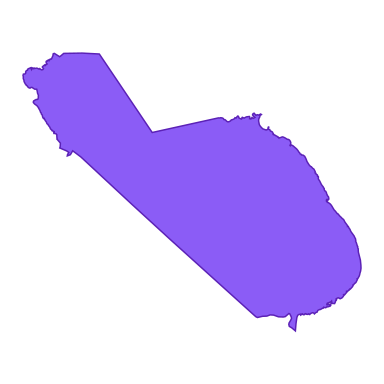 Fataleka, Malaita, Solomon Islands (Natural Earth projection)
{"feature_id": "97153195B6337807626421", "entity_name": "Fataleka", "entity_type": "district", "adm_level": 2, "iso_a3": "SLB", "parent_name": "Solomon Islands", "parent_adm1": "Malaita", "projection": "natural_earth1", "projection_center": [160.885, -8.602], "detail": "fine", "context": "isolated", "style": "filled", "palette": "violet", "viewbox_px": 384, "rotation_deg": 0, "n_neighbors": 0, "source": "geoboundaries", "source_scale": "gbopen_adm2", "svg_char_len": 5828}
<svg xmlns="http://www.w3.org/2000/svg" viewBox="0 0 384 384"><path d="M23.0,75.5L23.4,77.1L23.2,77.9L23.4,79.0L23.9,80.0L24.1,81.6L25.4,84.1L26.0,84.5L26.1,85.1L27.5,86.2L27.6,86.6L28.4,87.5L29.4,88.0L30.1,88.1L31.1,87.4L31.9,87.4L32.6,87.7L33.1,88.2L34.8,89.2L36.7,89.2L37.2,91.1L37.5,93.1L38.4,95.3L38.3,96.2L38.3,97.8L37.9,99.1L37.6,99.4L36.1,99.5L35.8,99.8L34.9,100.1L34.3,100.7L33.8,100.8L33.5,101.2L33.3,102.0L33.4,102.6L34.6,104.0L37.1,105.8L37.6,106.7L38.5,107.5L38.5,108.0L40.0,110.6L40.5,112.2L41.1,112.8L41.4,114.1L41.9,114.5L42.3,115.4L42.7,117.1L43.2,118.1L43.5,118.5L44.0,118.2L44.3,118.3L44.5,119.2L45.0,119.9L45.1,120.4L46.3,121.9L46.9,123.5L47.3,124.0L47.8,124.2L47.9,124.6L48.3,124.9L48.5,125.5L49.9,127.3L50.0,127.9L50.3,128.2L50.5,128.9L51.4,129.7L51.6,130.1L52.1,130.3L52.2,130.7L52.6,130.6L53.3,131.5L54.2,131.6L54.3,132.1L53.8,132.5L53.9,133.3L54.2,133.2L54.3,133.4L56.2,133.9L56.8,134.7L56.9,137.4L57.2,138.2L57.1,138.8L56.9,139.0L60.4,143.1L60.2,146.6L59.8,148.0L66.6,150.9L68.8,152.4L67.5,154.6L67.3,155.9L70.4,154.7L72.7,150.8L80.8,156.9L132.5,204.9L170.7,239.9L255.8,316.7L257.5,317.5L262.5,316.3L266.9,316.1L270.1,314.9L273.6,315.1L278.4,316.8L283.3,317.0L285.3,316.6L288.9,313.5L289.8,313.9L291.3,317.0L291.5,318.6L290.4,320.8L289.1,322.9L288.8,324.4L289.3,326.4L291.7,327.8L295.4,330.9L296.0,323.6L296.7,318.6L296.9,317.4L297.7,315.3L298.8,314.5L299.9,314.3L300.3,314.4L300.7,315.1L300.8,315.0L300.8,314.2L301.0,314.0L301.8,314.2L302.3,314.0L302.3,314.3L302.8,314.1L303.4,314.7L304.2,314.7L304.6,314.5L304.8,314.0L305.1,313.7L305.6,313.7L305.8,314.0L306.3,314.2L306.7,314.3L306.9,314.1L307.3,314.4L307.9,314.3L308.7,313.8L309.0,314.0L309.3,314.5L309.7,314.5L309.9,314.1L310.4,313.9L311.0,313.3L312.6,312.7L313.7,313.0L314.4,313.9L314.9,313.4L316.1,312.4L317.0,312.2L317.3,311.8L317.7,310.6L318.4,310.0L319.4,309.7L320.0,309.4L320.5,309.5L322.2,308.4L323.1,308.3L323.4,307.5L323.8,307.2L324.1,307.5L325.8,307.7L326.6,306.9L327.1,307.0L327.9,306.6L328.7,306.7L329.1,306.3L329.6,306.2L329.9,306.3L330.7,305.5L330.1,304.5L329.6,304.4L329.4,304.6L329.1,304.4L328.1,304.5L327.6,304.6L327.5,304.8L326.9,304.8L326.8,304.3L327.1,303.7L327.2,303.9L327.4,303.7L327.5,303.4L327.9,303.4L328.1,303.0L330.7,301.8L331.2,301.6L331.6,301.1L331.8,302.3L331.1,302.8L331.0,303.5L331.2,303.8L332.4,303.4L334.6,303.6L335.3,302.1L335.9,300.1L336.3,300.2L336.6,299.6L336.5,299.0L336.3,298.7L337.5,298.0L338.5,297.8L338.9,297.9L339.3,298.4L340.0,298.7L340.4,298.7L342.1,297.8L342.9,296.9L344.1,295.1L343.7,294.7L344.0,294.5L344.6,294.8L346.8,292.2L346.6,291.8L346.5,291.3L346.8,291.2L347.1,291.7L347.3,291.6L348.6,290.4L349.1,290.0L349.3,290.0L349.5,289.7L349.4,289.5L350.1,289.2L350.1,288.8L350.6,288.8L352.5,286.7L353.0,285.7L352.9,285.1L353.4,285.0L354.8,283.2L355.1,283.2L355.9,282.5L357.3,279.7L357.1,278.8L357.8,278.6L359.2,276.1L359.6,274.9L360.0,273.0L360.6,271.1L361.0,268.2L360.9,265.2L360.4,260.1L358.4,252.2L358.2,249.4L358.3,248.9L358.0,248.5L357.6,247.1L357.7,246.4L357.4,246.2L356.4,242.9L355.6,241.1L355.8,240.7L355.5,238.8L354.5,237.0L354.3,236.3L350.8,231.4L349.9,229.2L349.1,228.2L348.4,226.7L347.8,226.6L348.0,226.4L347.8,226.0L345.0,222.2L343.6,219.5L342.1,218.4L341.4,217.5L340.2,216.5L337.8,213.7L337.3,213.7L335.4,211.2L334.1,209.9L331.5,205.5L330.4,204.1L328.4,202.6L328.0,202.6L327.2,202.1L326.5,201.3L326.4,200.0L327.0,199.4L327.8,200.4L328.4,199.3L328.7,199.3L328.8,198.5L328.5,196.9L327.3,195.4L327.3,195.1L326.5,193.4L326.4,192.6L325.7,191.3L324.8,190.8L324.2,189.6L324.2,188.4L323.5,187.7L323.0,186.5L322.6,186.2L321.4,184.5L319.7,181.0L318.3,178.9L318.4,176.9L318.2,176.5L317.6,176.4L317.4,176.0L317.5,175.3L317.3,174.9L316.0,174.0L315.9,173.3L315.6,173.3L315.1,172.9L315.2,171.6L314.0,169.3L313.7,168.9L312.7,168.3L311.3,166.7L310.6,166.5L309.1,164.9L306.8,161.2L306.7,160.6L305.8,158.4L304.7,156.3L303.2,155.2L302.7,155.0L302.0,155.1L301.4,154.9L301.2,154.3L300.1,153.9L299.7,152.9L299.1,152.4L297.9,150.5L296.6,148.9L293.0,145.8L291.5,145.0L291.2,144.9L290.3,145.8L290.0,145.5L290.6,144.0L290.8,143.0L290.7,142.2L289.9,140.6L289.0,139.7L288.0,139.3L287.5,139.4L284.7,137.7L282.8,136.9L281.9,137.0L280.8,137.5L279.3,137.8L279.0,138.1L278.5,137.6L278.3,137.1L278.0,136.9L277.7,137.0L276.8,136.1L275.9,135.8L275.3,135.3L275.0,135.3L274.3,134.8L273.3,134.6L273.1,134.2L273.4,134.0L273.4,133.7L273.1,133.4L272.4,132.0L270.9,131.1L270.5,131.1L270.3,130.9L269.7,129.5L268.7,129.3L268.1,128.7L268.8,127.2L268.4,127.0L268.2,127.2L267.8,129.4L266.1,130.0L262.9,128.9L261.4,127.5L259.7,125.4L259.2,124.1L258.6,120.9L258.8,118.9L259.8,116.8L260.1,115.1L260.7,115.0L261.4,114.6L260.7,114.0L258.5,115.1L257.1,114.7L256.0,115.4L254.1,113.2L253.1,113.6L252.5,114.9L253.4,116.1L254.9,117.5L253.0,118.4L252.0,117.5L250.9,119.0L249.6,118.7L249.9,117.8L249.5,116.5L248.3,116.6L246.3,116.9L244.1,118.1L242.3,117.3L242.0,117.5L242.1,118.2L241.5,119.0L240.4,118.7L239.0,118.0L238.5,116.5L237.9,116.0L237.3,116.4L236.1,118.0L235.0,117.7L234.6,118.5L233.9,119.0L232.6,119.6L231.3,119.9L230.5,120.9L229.2,121.6L228.0,121.9L226.7,121.3L225.9,120.4L225.0,119.7L224.0,119.6L223.3,118.5L222.4,118.0L220.8,117.7L219.5,118.0L218.4,117.9L152.2,132.5L99.3,54.0L82.1,53.1L63.7,53.4L60.9,55.8L59.6,56.7L54.4,53.4L53.3,53.7L53.1,54.1L53.0,55.5L51.5,58.9L50.9,59.2L50.3,59.0L50.1,59.4L49.7,59.8L49.3,59.7L49.0,60.2L49.0,60.7L48.5,60.6L48.1,60.1L47.7,60.5L47.3,61.1L46.5,61.0L46.1,61.7L46.2,62.7L47.1,64.0L46.5,64.4L45.9,64.5L45.6,65.2L45.1,65.6L44.7,64.9L43.1,66.1L42.3,67.0L43.5,68.7L42.8,69.6L41.7,69.9L40.7,69.4L39.8,68.6L39.5,69.0L39.1,69.1L36.9,68.1L34.2,68.5L34.1,68.0L33.8,68.0L33.2,68.7L32.6,68.6L32.2,67.8L31.9,67.7L31.8,68.6L31.5,69.5L30.6,67.8L28.4,68.7L27.6,69.3L27.5,70.2L26.3,70.7L25.7,71.7L25.6,72.3L25.8,72.7L25.5,73.5L24.8,74.0L23.4,74.1L23.0,75.5Z" fill="#8b5cf6" stroke="#5b21b6" stroke-width="1.5"/></svg>